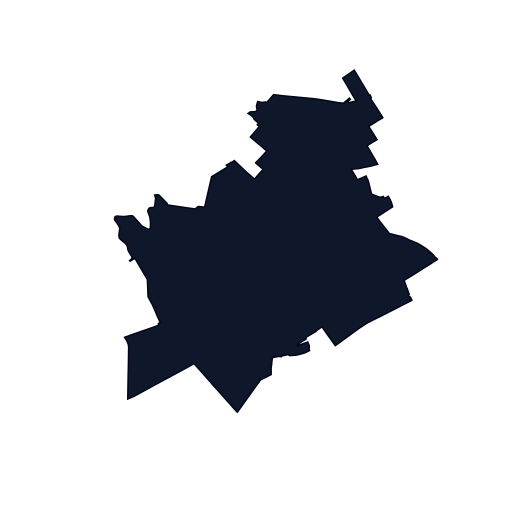 the district of Murfatlar, Constanta, Romania, rotated 325°
{"feature_id": "2599482B52491114446057", "entity_name": "Murfatlar", "entity_type": "district", "adm_level": 2, "iso_a3": "ROU", "parent_name": "Romania", "parent_adm1": "Constanta", "projection": "mercator", "projection_center": [28.386, 44.17], "detail": "fine", "context": "isolated", "style": "filled", "palette": "ink", "viewbox_px": 512, "rotation_deg": 325, "n_neighbors": 0, "source": "geoboundaries", "source_scale": "gbopen_adm2", "svg_char_len": 5577}
<svg xmlns="http://www.w3.org/2000/svg" viewBox="0 0 512 512"><g transform="rotate(325 256 256)"><path d="M443.1,160.1L439.2,160.1L429.0,160.0L429.0,160.4L428.1,171.7L427.4,179.5L427.0,186.3L427.0,186.5L419.3,183.3L419.3,182.2L423.2,181.8L423.0,180.2L419.6,180.6L416.2,180.9L416.1,181.6L411.8,178.0L399.0,165.3L394.2,160.8L368.7,139.1L363.0,133.9L354.1,136.1L352.6,136.5L352.3,135.4L349.0,133.7L346.0,130.4L342.6,133.2L341.5,135.0L340.8,137.0L339.3,137.3L339.0,137.9L336.5,136.2L333.9,134.6L331.2,134.7L332.8,138.2L333.3,141.1L332.9,143.1L334.2,148.7L332.3,149.2L333.0,151.8L328.5,153.0L323.5,154.3L319.6,155.3L320.8,159.9L321.9,164.1L322.8,167.4L323.8,171.1L324.7,174.8L325.1,176.2L323.7,176.5L318.5,177.6L315.1,178.3L313.9,178.5L312.0,179.0L311.3,179.0L309.6,179.3L309.1,179.6L309.2,180.0L310.9,186.5L311.6,189.0L298.9,192.1L297.4,186.0L296.4,182.2L293.0,165.4L289.7,165.3L289.4,165.0L283.8,164.6L284.1,166.8L265.1,165.6L241.9,186.5L237.1,182.3L234.6,182.4L233.2,182.6L227.7,177.5L212.8,163.4L213.2,162.4L213.3,161.7L211.6,150.8L211.2,150.1L210.6,149.4L208.0,147.9L206.8,151.2L201.8,156.8L200.9,157.4L199.6,157.4L197.6,156.0L196.6,155.6L195.4,155.6L193.6,156.6L192.9,157.4L191.4,163.1L189.2,167.4L185.9,172.0L184.9,172.7L183.9,172.8L182.7,171.8L179.8,166.0L178.2,153.1L177.8,152.2L177.0,151.4L173.5,149.6L170.1,147.7L164.9,143.4L163.4,143.0L163.0,143.0L162.8,143.2L162.5,143.4L161.9,143.8L161.1,144.9L160.9,146.1L161.0,146.8L161.0,148.4L160.9,150.5L160.9,152.5L160.7,153.5L160.3,155.1L160.1,155.4L156.3,159.5L155.3,160.7L154.3,163.1L154.4,164.0L154.9,166.1L156.3,171.5L156.3,173.6L156.0,174.5L155.5,175.7L154.7,177.2L154.6,177.9L154.2,179.7L154.1,181.9L154.0,184.7L153.9,185.3L153.7,185.8L153.4,186.2L153.1,186.6L152.6,186.9L152.2,187.1L151.7,187.1L149.8,187.2L149.9,188.1L151.2,188.1L151.3,188.1L155.5,188.5L154.8,197.1L153.5,212.9L152.5,214.5L149.2,219.7L145.9,224.8L144.7,226.7L144.2,227.5L144.0,229.3L143.5,233.2L143.3,234.9L143.3,235.9L141.9,242.7L141.9,242.9L140.8,247.9L139.8,253.1L139.3,255.6L138.1,255.5L137.8,255.3L137.2,255.4L137.3,256.4L135.9,256.6L135.0,256.5L130.7,255.3L125.3,253.8L120.7,252.5L115.2,250.9L108.7,249.1L101.7,247.2L101.6,248.1L101.6,249.1L101.5,250.9L101.3,252.3L101.0,253.9L100.5,255.5L99.4,257.6L88.2,273.1L83.7,279.2L68.9,299.6L75.7,301.0L94.9,303.1L108.7,304.7L118.9,305.9L134.3,307.7L143.2,308.6L143.5,308.6L143.9,312.0L145.4,324.9L146.8,337.5L148.3,350.1L149.8,362.9L149.8,363.0L151.0,373.2L151.4,373.2L160.7,369.9L169.2,366.9L179.9,363.1L187.0,360.7L188.5,360.1L200.2,361.8L200.4,361.8L201.9,359.7L202.7,358.6L203.7,357.1L204.8,355.7L205.7,354.4L206.3,353.5L206.7,353.7L206.7,353.8L206.8,353.7L206.9,353.4L207.0,353.3L207.1,353.2L207.3,353.0L207.5,352.8L207.7,352.5L207.8,352.3L208.0,352.1L208.2,351.9L208.4,351.7L208.5,351.5L208.6,351.4L208.8,351.2L209.0,351.0L209.1,350.8L209.4,350.6L209.6,350.4L209.8,350.2L210.0,350.0L210.2,349.9L210.4,349.7L210.6,349.5L210.8,349.3L211.0,349.1L211.5,348.8L211.7,348.6L211.9,348.4L212.5,349.3L213.9,349.8L214.5,350.2L215.8,350.7L216.6,351.1L217.1,351.4L217.8,351.9L218.8,353.0L219.1,353.1L219.6,352.9L220.3,352.8L220.9,352.9L221.7,353.5L223.0,354.1L224.1,354.4L225.2,355.0L225.7,355.4L226.0,355.8L226.2,356.4L226.5,357.0L229.7,358.9L232.1,360.3L235.3,361.6L240.7,363.5L245.7,364.1L246.5,361.9L246.8,361.8L247.3,361.4L248.0,360.3L248.5,359.1L249.0,356.1L247.4,355.7L239.7,353.6L238.5,353.8L238.5,353.6L238.5,353.3L238.8,352.8L239.4,352.3L239.8,352.2L241.7,352.4L245.8,352.5L248.2,352.7L248.9,352.7L249.0,352.8L249.1,352.7L249.4,352.7L250.5,351.1L251.9,351.4L256.8,351.8L261.7,352.2L262.7,351.9L264.8,351.8L269.4,351.9L269.4,362.0L269.4,365.3L269.5,365.4L269.5,374.9L271.9,374.9L273.2,374.9L274.4,374.9L277.7,374.8L297.1,374.4L299.3,374.4L307.3,374.6L308.1,374.6L310.6,375.0L314.5,375.5L330.7,377.9L330.8,377.9L337.1,378.8L340.0,379.2L347.0,380.1L357.2,381.6L358.4,381.6L358.8,379.2L358.7,377.6L358.3,376.6L358.5,375.0L358.8,374.8L359.2,375.0L359.5,375.2L360.4,371.8L360.5,371.7L361.1,369.7L360.9,369.7L363.4,360.9L374.3,361.6L375.8,361.7L389.1,362.2L389.2,362.3L389.7,362.3L390.3,362.4L390.9,362.4L391.6,362.4L393.1,362.5L394.4,362.6L396.2,362.6L396.3,362.6L401.0,362.8L402.0,362.9L402.3,362.8L402.8,362.7L402.5,360.8L402.2,360.5L402.1,360.1L401.9,357.8L401.8,357.1L401.8,356.0L400.8,351.9L400.3,350.1L399.6,347.6L398.9,345.9L397.7,342.9L396.9,341.0L395.5,338.2L394.1,335.9L393.3,334.6L391.0,331.2L390.7,330.6L389.2,327.9L388.3,326.2L387.4,324.9L386.3,323.3L384.2,321.1L381.5,317.9L379.3,315.4L378.8,315.0L378.8,314.9L378.5,314.6L378.1,314.1L377.9,309.2L377.6,303.8L377.4,299.6L377.3,299.3L377.3,298.8L377.3,293.4L396.1,294.1L396.6,292.9L397.3,290.8L397.7,289.5L398.2,286.9L398.5,284.3L398.5,282.8L397.2,282.9L396.9,282.9L396.1,282.7L394.2,282.6L394.4,280.2L391.5,279.2L389.9,277.2L386.2,271.6L388.4,265.8L389.9,261.9L390.9,259.3L390.8,259.1L391.3,258.1L391.4,256.7L392.1,253.6L389.0,253.0L386.5,252.5L385.3,252.2L384.5,252.1L383.7,252.0L383.2,252.0L383.1,251.8L382.9,251.8L383.1,249.2L383.4,245.4L383.7,239.8L383.8,239.7L387.4,241.7L389.9,243.1L390.7,243.5L393.3,244.6L395.2,245.3L397.7,246.5L400.9,247.9L402.3,248.5L404.5,249.3L406.6,250.0L408.3,250.7L408.5,248.6L408.9,245.4L409.1,242.6L409.3,240.0L409.8,234.6L410.2,229.4L416.1,229.7L421.9,230.1L422.0,228.0L422.4,220.8L422.7,215.2L422.8,214.5L426.8,214.7L431.8,215.0L433.5,215.0L436.1,215.3L439.2,215.5L439.3,214.8L439.5,210.5L439.8,204.3L440.0,197.7L440.1,193.4L440.1,193.2L440.6,193.0L441.1,192.4L441.3,192.3L441.9,189.6L441.0,189.1L441.7,179.4L442.0,174.7L442.5,168.9L443.1,160.1Z" fill="#0f172a" stroke="#020617" stroke-width="1.5"/></g></svg>